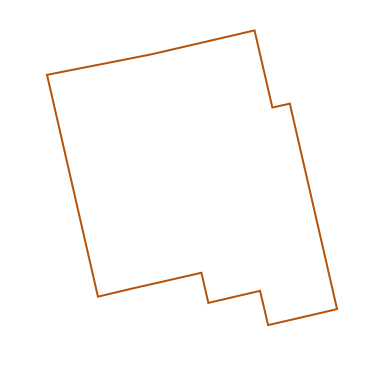 Latimer, Oklahoma, United States of America, rotated 77°
{"feature_id": "52423323B76239020598074", "entity_name": "Latimer", "entity_type": "district", "adm_level": 2, "iso_a3": "USA", "parent_name": "United States of America", "parent_adm1": "Oklahoma", "projection": "mercator", "projection_center": [-95.16, 34.87], "detail": "fine", "context": "isolated", "style": "outline", "palette": "amber", "viewbox_px": 384, "rotation_deg": 77, "n_neighbors": 0, "source": "geoboundaries", "source_scale": "gbopen_adm2", "svg_char_len": 326}
<svg xmlns="http://www.w3.org/2000/svg" viewBox="0 0 384 384"><g transform="rotate(77 192 192)"><path d="M272.8,307.2L272.6,271.8L272.8,201.0L303.7,201.0L303.6,147.9L338.8,147.8L338.8,104.3L338.7,77.0L127.9,76.8L127.8,94.7L48.6,94.7L48.7,201.1L45.2,306.9L272.8,307.2Z" fill="none" stroke="#b45309" stroke-width="2"/></g></svg>